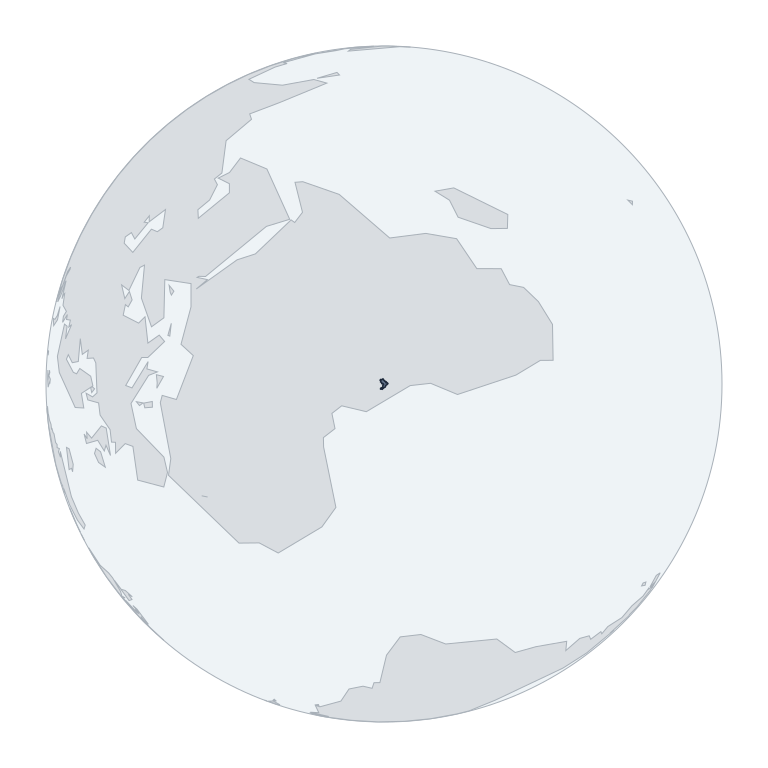 Bouenza on an orthographic globe, rotated 270°
{"feature_id": "COG-2626", "entity_name": "Bouenza", "entity_type": "Region", "adm_level": 1, "iso_a3": "COG", "parent_name": "Republic of the Congo", "parent_adm1": "", "projection": "orthographic", "projection_center": [13.508, -4.119], "detail": "fine", "context": "on_globe", "style": "filled", "palette": "slate", "viewbox_px": 768, "rotation_deg": 270, "n_neighbors": 0, "source": "natural_earth", "source_scale": "10m", "svg_char_len": 7927}
<svg xmlns="http://www.w3.org/2000/svg" viewBox="0 0 768 768"><g transform="rotate(270 384 384)"><circle cx="384" cy="384" r="338" fill="#eef3f6" stroke="#a8b0b8"/><path d="M215.1,91.3L211.1,93.7L208.1,95.5L220.4,88.6L202.8,100.1L195.0,108.7L190.2,112.6L176.7,120.5L171.2,122.2L153.8,136.7L167.7,125.6L155.4,137.1L154.5,138.7L156.8,137.7L162.5,132.9L158.8,137.0L143.7,148.4L146.7,144.8L151.5,140.9L148.8,142.3L138.5,151.9L133.1,158.0L127.7,163.8L147.1,143.0L168.3,123.9L191.0,106.6L215.1,91.3ZM51.2,325.2L52.5,318.5L55.1,309.5L51.5,328.8L55.8,310.3L55.3,318.8L62.7,315.3L61.2,319.9L66.9,340.9L79.0,349.0L81.8,363.0L79.7,372.1L85.3,374.0L85.4,379.9L112.8,386.5L131.1,400.2L133.5,420.9L124.0,445.7L129.0,496.8L115.5,515.2L121.3,535.9L126.7,566.7L117.4,565.8L129.6,579.8L132.2,589.2L128.7,590.7L136.4,600.9L134.2,601.8L141.5,607.9L150.4,621.9L162.3,632.0L171.9,643.0L179.8,648.7L178.9,648.8L181.1,651.4L185.5,654.7L177.3,650.1L160.9,636.9L153.5,629.6L152.0,628.8L134.9,610.0L137.9,614.2L115.0,586.6L99.9,562.9L67.9,495.4L62.7,482.6L57.1,469.0L54.1,457.0L49.3,430.9L46.7,404.5L46.1,377.9L47.7,351.4L51.2,325.2ZM67.9,264.6L67.3,266.2L67.0,267.0L67.9,264.6ZM195.2,660.2L180.0,652.1L186.6,655.6L180.9,649.9L192.6,656.3L195.2,660.2ZM182.7,645.1L182.1,641.6L185.0,643.1L186.0,645.9L182.7,645.1ZM714.9,315.7L712.1,304.4L716.6,328.1L720.3,351.3L720.7,355.2L721.8,373.8L721.3,366.9L719.2,344.6L717.4,336.1L714.1,315.2L705.3,283.3L704.5,287.1L700.9,275.0L688.7,248.9L685.4,254.1L682.8,282.5L688.5,313.8L684.9,326.8L665.4,279.5L654.1,249.7L648.7,251.5L627.3,226.1L595.0,221.9L589.0,214.4L583.3,217.4L568.0,209.6L558.3,197.9L549.7,198.3L575.2,229.4L584.3,229.4L589.9,218.2L595.5,229.5L610.0,240.5L599.0,266.9L548.7,289.7L541.6,266.4L491.5,205.5L491.7,199.1L491.4,198.4L490.6,197.1L488.4,207.4L479.0,196.3L508.2,237.1L514.1,255.4L548.1,291.1L545.5,294.7L555.7,302.5L585.7,295.0L586.3,302.8L573.6,339.2L530.0,389.7L534.6,425.7L529.3,456.6L499.4,476.8L499.3,501.2L483.4,509.6L480.6,523.6L466.4,538.4L443.6,552.5L407.7,553.1L407.6,540.3L392.9,515.9L373.5,457.5L384.7,430.6L382.4,410.2L356.3,366.3L362.2,341.7L354.6,331.9L339.4,335.0L330.4,323.4L321.0,323.6L260.6,335.9L241.1,321.9L215.0,278.2L225.1,259.2L224.9,239.0L292.7,168.5L309.4,170.8L365.3,160.3L372.6,162.2L368.5,176.4L412.4,193.3L423.7,181.0L461.1,191.0L484.4,191.0L488.4,164.8L450.2,163.9L441.2,151.5L469.9,141.4L502.9,144.5L500.5,139.9L477.6,128.9L483.1,121.6L469.4,124.8L476.5,129.4L468.1,132.1L461.1,128.2L463.4,125.4L452.8,123.2L444.9,138.6L451.2,145.0L424.9,147.9L432.9,159.2L426.5,164.6L410.5,147.8L410.5,141.7L382.5,125.7L380.1,132.0L406.4,148.1L399.1,146.9L396.1,157.4L392.6,148.6L364.5,131.0L339.4,136.4L310.9,163.9L295.5,167.5L281.0,163.8L287.9,137.7L321.6,132.9L324.4,125.2L314.7,115.6L325.7,115.5L325.9,111.5L338.3,110.1L352.9,100.1L365.1,98.6L368.1,87.8L374.8,86.1L371.1,92.6L375.1,97.0L405.1,95.8L410.0,93.5L409.6,87.1L417.9,88.3L413.6,82.3L429.4,80.3L406.5,78.3L405.3,72.3L413.3,68.3L408.8,66.4L395.7,73.3L394.2,76.6L399.5,79.8L391.8,90.7L382.1,92.9L374.6,81.4L360.0,83.8L360.5,75.2L395.5,59.3L411.6,57.4L443.9,64.5L441.8,67.1L429.1,65.5L443.4,71.6L441.0,68.8L447.9,70.4L448.5,66.5L453.5,67.4L445.6,62.6L451.7,63.4L456.6,66.4L462.7,63.0L474.6,64.7L473.6,63.6L469.2,61.9L487.3,66.1L485.8,65.2L479.2,63.3L471.9,60.5L466.1,57.7L472.7,59.3L475.7,60.5L491.9,66.2L498.8,70.1L500.9,70.6L496.4,67.6L476.7,60.6L471.4,58.5L481.1,61.4L477.2,60.2L476.6,59.7L482.1,61.1L471.6,57.9L466.1,56.2L488.9,62.8L511.1,70.9L532.8,80.6L553.7,91.8L573.7,104.4L592.8,118.3L610.9,133.6L627.9,150.1L643.7,167.8L658.2,186.5L671.4,206.2L683.1,226.8L693.4,248.1L702.1,270.1L709.3,292.7L714.9,315.7ZM272.2,201.7L271.0,207.6L272.2,201.7ZM540.2,162.8L558.5,165.5L546.2,149.2L552.2,149.3L545.8,144.2L545.2,148.1L529.0,134.8L535.4,131.4L531.1,125.3L524.8,124.2L515.6,132.8L538.8,151.4L536.3,157.3L540.2,162.8ZM63.1,315.0L63.5,318.4L62.0,319.0L63.1,315.0ZM67.9,273.2L68.8,274.2L66.8,276.4L67.9,273.2ZM66.8,267.9L67.0,273.2L63.2,280.0L63.5,277.1L64.7,274.4L66.8,267.9ZM156.3,136.4L157.4,135.6L158.5,135.6L155.7,137.7L156.3,136.4ZM177.5,125.3L171.2,132.3L173.7,128.3L168.5,132.0L167.4,129.1L187.7,114.4L178.7,121.2L177.5,125.3ZM171.6,122.6L170.0,125.2L171.0,123.0L171.6,122.6ZM314.5,94.5L319.7,96.1L316.2,100.6L300.8,105.3L305.5,98.6L314.5,94.5ZM327.7,97.7L324.5,86.5L334.0,84.1L329.2,87.2L335.8,86.6L329.9,91.6L342.1,101.4L339.9,106.2L312.5,110.5L322.7,106.0L317.0,104.3L327.7,97.7ZM299.7,71.5L298.4,69.1L320.6,66.5L319.2,69.1L303.7,73.2L296.2,72.6L299.7,71.5ZM259.9,69.7L255.5,71.7L244.6,76.3L248.5,74.4L259.9,69.7ZM246.8,75.2L235.9,80.4L246.8,75.2ZM234.2,81.1L227.6,84.5L230.8,82.8L234.2,81.1ZM341.9,48.7L342.4,48.7L344.1,48.4L354.3,47.4L355.9,47.2L359.9,47.1L351.3,47.8L361.8,47.5L352.1,48.4L354.0,48.4L347.9,49.5L343.7,51.0L339.0,51.5L339.4,52.0L335.4,53.1L334.3,54.0L325.5,55.6L323.5,57.1L320.4,57.1L319.4,59.4L316.2,58.5L310.7,60.5L316.7,60.3L271.4,71.4L254.9,78.4L242.9,85.2L239.0,84.0L247.8,77.5L263.0,69.7L279.4,63.8L274.7,64.9L281.2,62.7L282.2,62.7L284.5,61.4L290.1,59.7L303.6,55.8L341.9,48.7ZM379.7,156.8L385.1,157.2L393.3,156.4L391.5,163.5L379.7,156.8ZM360.2,144.8L364.9,143.7L366.5,152.3L360.8,152.4L360.2,144.8ZM366.3,136.4L365.1,143.0L362.4,139.5L366.3,136.4ZM375.4,91.7L380.3,90.7L381.3,92.2L379.2,94.6L375.4,91.7ZM388.9,50.3L384.3,49.8L385.5,49.5L380.8,48.1L387.5,47.8L393.0,48.6L388.9,50.3ZM482.7,169.1L476.8,173.9L472.9,171.4L475.7,170.2L482.7,169.1ZM432.6,167.9L444.7,171.3L431.9,169.8L432.6,167.9ZM395.5,49.8L392.7,49.1L397.8,49.5L395.5,49.8ZM392.3,47.7L398.0,47.9L387.8,47.7L392.3,47.7ZM567.9,627.8L566.8,632.5L563.3,632.4L567.9,627.8ZM580.1,453.8L553.5,507.8L539.6,507.4L539.4,491.0L550.8,458.1L567.8,449.5L576.8,435.0L580.1,453.8ZM720.9,410.5L721.3,399.6L716.9,348.4L718.6,350.6L721.9,381.7L721.9,386.9L721.9,388.2L721.9,388.9L720.9,410.5ZM689.7,317.0L695.6,337.0L693.0,339.5L689.7,317.0ZM449.6,53.3L448.6,54.9L452.4,57.3L461.5,60.1L448.2,57.5L442.4,53.7L449.6,53.3ZM417.6,48.3L416.8,48.6L412.7,48.1L417.6,48.3Z" fill="#d9dde1" stroke="#a8b0b8" stroke-width="1"/><path d="M386.2,386.2L385.9,385.9L385.7,385.8L385.3,385.9L385.2,386.0L385.3,386.6L385.2,386.7L385.1,387.0L385.2,387.3L385.0,387.5L384.9,387.6L384.7,387.6L384.5,387.9L384.4,387.9L384.4,387.7L384.2,387.5L383.9,387.4L383.5,387.1L383.4,387.0L383.3,386.9L383.2,386.8L383.2,386.7L383.0,386.4L382.9,386.3L382.9,386.2L382.6,385.8L382.5,385.7L382.4,385.7L382.2,385.6L381.9,385.6L381.7,385.5L381.4,385.5L381.2,385.3L380.9,385.2L380.5,384.4L380.3,384.1L380.2,383.8L380.1,383.7L379.7,383.4L379.4,383.0L379.2,382.6L379.0,382.4L378.9,382.4L378.7,382.3L378.7,382.2L378.8,382.0L378.9,381.9L378.9,381.7L378.9,381.4L378.8,381.0L378.8,380.9L378.8,380.7L379.0,380.5L379.3,380.5L379.5,380.7L379.8,380.7L379.9,380.8L379.9,381.0L380.0,381.1L380.1,381.3L380.2,381.6L380.3,381.7L380.3,381.8L380.4,382.0L380.4,382.3L380.6,382.5L380.9,382.6L381.0,382.7L381.1,382.8L381.3,382.9L381.7,382.8L381.8,382.8L382.0,382.9L382.3,382.8L382.5,382.8L382.8,382.9L383.0,382.9L383.1,383.0L383.2,383.4L383.2,383.5L383.3,383.5L383.6,383.6L383.8,383.6L384.0,383.5L384.0,383.4L384.1,383.2L384.2,382.9L384.3,382.7L384.4,382.4L384.5,382.4L384.5,382.2L384.4,382.1L384.4,381.9L384.5,381.9L384.8,381.8L384.8,381.7L385.0,381.7L385.3,381.5L385.4,381.4L385.5,381.4L385.6,381.2L385.8,381.0L385.9,380.9L386.1,380.6L386.3,380.7L386.5,380.7L386.7,380.8L386.8,380.8L387.0,380.8L387.5,380.4L387.6,380.2L387.8,380.1L388.1,380.3L388.3,380.4L388.4,380.5L388.5,380.6L388.6,380.8L388.6,381.0L388.4,381.2L388.4,381.3L388.2,381.4L388.2,381.5L388.3,381.8L388.6,382.2L388.6,382.3L388.7,382.5L388.8,382.5L389.0,382.7L389.0,382.9L389.1,383.0L388.9,383.2L388.8,383.3L388.5,383.3L388.4,383.2L388.2,383.4L388.2,383.5L387.9,383.7L387.7,383.9L387.8,384.1L387.7,384.3L387.8,384.3L387.7,384.3L387.4,384.4L387.4,384.5L387.2,384.7L387.0,384.8L386.8,384.9L386.7,384.9L386.7,385.0L386.6,385.5L386.5,385.8L386.4,385.9L386.4,386.0L386.2,386.2Z" fill="#64748b" stroke="#1e293b" stroke-width="1.5"/></g></svg>